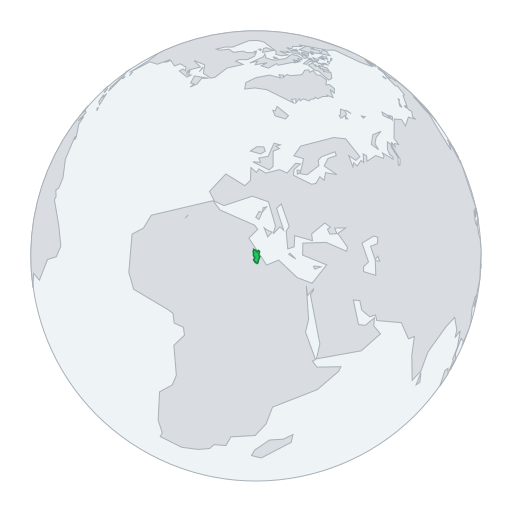 Misratah on an orthographic globe, rotated 31°
{"feature_id": "LBY-2970", "entity_name": "Misratah", "entity_type": "Municipality", "adm_level": 1, "iso_a3": "LBY", "parent_name": "Libya", "parent_adm1": "", "projection": "orthographic", "projection_center": [15.024, 30.913], "detail": "fine", "context": "on_globe", "style": "filled", "palette": "green", "viewbox_px": 512, "rotation_deg": 31, "n_neighbors": 0, "source": "natural_earth", "source_scale": "10m", "svg_char_len": 10841}
<svg xmlns="http://www.w3.org/2000/svg" viewBox="0 0 512 512"><g transform="rotate(31 256 256)"><circle cx="256" cy="256" r="225" fill="#eef3f6" stroke="#a8b0b8"/><path d="M179.3,44.2L194.9,39.4L222.4,33.5L229.5,32.3L229.2,32.6L235.4,31.7L240.0,31.3L239.9,31.3L241.6,31.2L250.2,30.8L251.2,30.8L256.7,30.8L257.4,31.0L248.7,31.6L249.0,32.0L256.0,31.7L261.1,32.3L250.8,32.5L258.6,33.7L245.5,36.3L217.3,39.1L210.9,42.9L184.1,52.8L187.4,52.9L179.3,57.6L180.1,59.8L174.9,61.6L180.0,61.8L184.6,59.8L188.4,59.4L189.3,60.7L182.8,63.0L181.4,62.7L180.0,64.1L176.4,64.8L178.7,65.2L170.7,68.2L179.8,67.2L174.5,71.4L168.9,72.9L168.0,70.1L152.6,68.5L146.6,70.3L139.1,75.0L128.3,89.0L122.3,92.5L115.4,99.1L119.3,98.1L126.2,92.7L131.8,93.0L139.5,87.0L143.0,86.5L151.5,81.9L151.8,85.7L147.5,92.1L140.4,96.3L138.3,99.5L146.3,98.4L134.4,109.8L128.8,123.9L125.5,126.9L116.8,126.5L113.5,118.5L102.2,120.4L111.1,122.6L102.8,131.0L102.1,134.1L103.5,136.0L107.2,134.3L104.7,138.2L95.0,136.9L97.1,133.3L100.2,133.5L98.6,130.1L92.0,130.3L88.3,135.1L82.2,132.2L79.5,135.8L76.6,137.5L81.3,131.8L72.7,142.4L65.0,144.2L53.1,163.8L63.0,144.3L65.5,138.4L67.5,133.6L65.5,136.6L70.9,127.7L81.3,113.8L92.8,100.8L105.2,88.6L118.6,77.5L132.7,67.4L147.6,58.5L163.2,50.7L179.3,44.2ZM51.9,160.6L51.1,162.5L49.4,166.1L51.9,160.6ZM41.8,186.3L41.0,188.7L39.8,192.7L41.8,186.3ZM34.8,213.3L34.6,214.6L33.4,223.3L34.9,219.0L36.4,220.7L33.9,232.1L36.6,225.2L36.1,234.0L40.4,245.8L39.4,247.5L42.7,271.1L50.2,288.2L51.9,299.0L50.6,302.8L54.1,308.2L54.2,311.6L71.7,332.0L83.6,348.1L85.2,359.5L79.1,366.4L82.8,388.3L74.4,385.5L78.5,393.4L81.2,398.1L70.9,384.4L61.7,370.0L53.6,355.0L46.7,339.4L41.0,323.3L36.5,306.8L33.3,290.0L31.4,273.0L30.7,256.0L31.4,238.9L31.4,238.7L33.4,221.6L34.2,216.9L34.0,217.9L34.8,213.3ZM49.8,169.7L44.7,190.5L44.4,185.1L45.0,184.6L47.0,177.8L49.5,168.9L50.1,165.3L49.8,169.7ZM54.8,164.4L55.4,161.7L55.2,163.6L54.8,164.4ZM257.4,30.8L258.4,30.7L260.8,30.8L257.4,30.8ZM150.8,80.2L151.1,81.1L149.3,81.4L150.8,80.2ZM154.1,77.6L151.8,77.5L153.1,76.2L154.5,76.3L154.1,77.6ZM264.1,31.4L267.7,31.8L262.6,31.4L264.1,31.4ZM156.7,78.1L155.6,74.1L157.9,72.0L165.1,70.8L156.7,78.1ZM268.8,32.1L277.6,33.7L280.7,33.6L277.0,35.5L270.7,33.1L263.9,32.5L268.3,32.5L268.8,32.1ZM185.7,58.7L180.8,60.9L184.1,58.0L185.7,58.7ZM186.8,57.0L191.3,49.9L199.0,47.7L195.9,50.3L205.1,47.0L206.6,49.4L201.9,51.8L196.7,52.6L201.2,53.0L186.8,57.0ZM273.5,36.6L274.3,37.3L271.8,36.7L273.5,36.6ZM190.2,59.0L190.4,57.6L197.0,55.6L197.8,58.1L195.4,57.9L190.2,59.0ZM206.8,45.2L211.8,44.3L214.4,46.0L216.7,46.0L207.3,49.3L206.8,45.2ZM194.3,59.0L198.0,59.5L195.7,61.7L190.4,60.4L194.3,59.0ZM198.4,54.0L201.6,53.3L200.1,54.5L198.4,54.0ZM189.5,70.6L189.6,68.5L193.1,67.2L189.5,70.6ZM199.5,59.6L200.2,58.8L201.6,58.2L203.5,59.0L199.5,59.6ZM209.8,50.4L209.8,51.4L213.8,49.1L215.9,50.5L209.2,52.6L213.0,52.3L213.6,52.8L207.4,54.1L209.8,50.4ZM209.5,58.0L201.7,61.7L200.7,65.6L197.6,66.8L199.8,60.4L209.5,58.0ZM208.8,55.5L208.6,57.3L204.8,57.7L202.7,56.7L208.8,55.5ZM219.7,50.9L218.2,48.1L219.7,47.8L219.7,50.9ZM210.0,59.0L211.8,58.1L210.3,59.2L210.0,59.0ZM217.6,53.2L216.8,52.2L218.6,51.8L217.6,53.2ZM216.2,57.4L213.7,58.5L212.1,57.8L216.2,57.4ZM217.4,55.4L220.0,55.2L213.1,56.9L216.8,55.0L217.4,55.4ZM219.3,53.0L220.1,52.5L219.4,53.5L219.3,53.0ZM223.3,59.7L215.1,62.0L211.7,60.3L220.2,58.2L223.3,59.7ZM341.1,47.4L333.9,45.1L308.8,38.5L319.4,41.0L318.2,41.3L322.8,42.8L330.1,44.9L330.2,44.6L348.3,54.3L368.5,64.7L364.1,60.5L367.1,61.2L386.2,72.5L416.0,98.3L420.3,101.9L424.3,106.3L429.0,111.9L423.2,105.5L422.9,106.0L418.9,102.0L424.5,109.8L419.1,104.3L426.1,113.6L429.6,116.4L426.7,111.1L435.2,122.2L439.4,125.9L446.2,135.4L460.0,161.0L464.7,174.7L466.3,178.6L464.9,177.9L468.0,189.1L474.5,202.7L476.0,208.7L478.7,226.8L477.9,222.6L474.3,220.9L477.2,236.5L480.1,241.5L481.2,253.2L480.6,254.0L479.0,244.1L477.7,243.1L475.5,230.0L469.5,214.9L468.7,223.5L466.3,216.0L457.9,206.3L455.3,218.5L452.8,249.6L456.6,269.7L453.9,282.1L440.7,260.9L433.2,243.4L429.4,248.5L414.9,238.3L392.8,249.1L388.8,245.0L384.8,249.5L374.5,247.9L368.0,240.8L362.1,243.6L379.2,262.0L385.4,259.1L389.3,247.9L393.0,255.3L402.8,258.6L395.0,283.1L360.8,313.0L356.0,298.4L322.7,261.3L322.9,256.1L322.7,255.5L322.2,254.6L320.6,263.3L314.4,255.6L333.7,283.2L337.6,295.7L360.3,314.1L358.5,317.0L365.4,319.9L385.8,307.2L386.2,312.3L377.4,338.9L348.0,377.0L351.1,394.8L347.7,410.3L327.7,423.9L327.8,434.0L317.2,439.3L315.4,444.9L306.0,451.6L290.9,458.2L266.9,460.1L266.7,455.8L256.7,447.1L243.3,422.1L250.7,409.5L249.1,399.2L231.6,374.8L235.5,360.7L230.5,354.5L220.4,355.6L214.4,347.9L208.2,347.3L168.2,347.5L155.4,335.5L138.5,301.1L145.2,290.0L145.2,275.0L190.6,230.8L201.6,235.1L238.8,230.3L243.7,232.3L240.7,244.4L269.8,258.3L277.5,247.8L302.4,253.3L318.1,250.5L321.2,227.2L295.5,231.2L289.6,220.8L309.1,208.2L331.3,205.3L329.8,201.3L314.5,194.5L318.4,185.7L309.1,191.5L313.8,195.2L308.1,199.2L303.4,196.2L305.0,193.0L298.0,192.2L292.3,208.4L296.5,213.8L278.7,218.6L284.0,228.4L279.6,233.6L269.1,219.2L269.2,213.5L250.8,198.3L249.1,204.6L266.4,219.6L261.5,218.7L259.3,228.2L257.2,220.2L238.8,203.1L222.0,206.7L202.7,229.2L192.4,230.4L182.9,224.7L187.9,201.2L210.2,201.5L212.3,194.1L206.1,182.8L213.4,184.2L213.6,179.9L221.8,179.8L231.8,169.8L239.9,168.9L242.2,156.1L246.7,154.2L244.0,162.1L246.6,167.5L266.6,165.9L270.0,163.0L269.9,155.1L275.4,156.1L272.7,148.7L283.4,144.6L268.1,143.7L267.5,135.4L273.1,128.6L270.1,125.9L261.1,137.1L260.0,141.9L263.4,146.1L257.9,160.1L251.4,162.7L246.7,148.1L236.9,150.6L237.6,138.9L261.6,114.4L272.5,109.4L293.9,117.4L292.3,122.6L283.8,122.2L293.2,129.8L291.7,125.7L296.3,126.8L296.9,119.9L300.2,120.4L295.2,113.3L299.3,113.2L302.4,117.7L306.8,108.3L314.9,106.8L314.3,104.5L311.4,102.5L323.6,102.4L322.6,100.7L318.2,100.1L313.5,96.6L309.8,90.5L314.2,90.8L316.1,93.0L326.8,98.4L331.2,104.8L332.7,104.4L329.9,99.0L316.8,92.2L313.4,88.6L319.9,91.0L317.2,89.8L316.9,88.2L320.7,86.9L313.7,84.1L304.0,67.4L310.4,64.1L317.2,67.6L315.1,58.4L322.5,56.6L318.4,55.8L314.7,51.7L312.3,52.1L310.1,51.5L299.4,42.7L300.3,41.4L291.2,38.0L289.1,37.7L287.9,38.4L277.0,35.5L280.7,33.6L285.2,34.1L284.5,33.1L294.9,34.7L303.2,36.1L315.1,39.3L320.6,40.6L319.6,40.1L326.5,42.0L329.6,43.1L341.1,47.4ZM176.7,255.6L175.8,260.1L176.7,255.6ZM356.3,214.0L368.7,210.9L360.6,198.6L364.7,196.6L360.5,193.4L360.0,197.7L349.2,188.7L353.7,182.9L350.9,177.3L346.6,178.2L340.2,190.4L355.5,203.1L353.7,209.8L356.3,214.0ZM40.6,246.1L40.8,249.7L39.9,247.8L40.6,246.1ZM42.6,188.6L42.4,191.3L41.7,194.3L41.5,192.9L42.6,188.6ZM44.4,209.6L44.9,213.5L43.7,211.4L44.4,209.6ZM44.3,193.6L43.9,207.0L41.7,204.4L42.2,196.2L42.8,199.2L44.3,193.6ZM51.5,169.3L50.9,171.6L50.0,173.1L51.5,169.3ZM54.7,165.8L54.6,165.4L55.6,163.1L54.7,165.8ZM103.4,131.1L104.1,131.3L104.7,133.8L102.9,133.9L103.4,131.1ZM116.9,138.9L112.5,145.1L114.3,140.5L110.9,141.4L110.5,133.4L123.9,128.0L117.9,131.7L116.9,138.9ZM113.6,122.0L112.4,127.2L113.2,121.8L113.6,122.0ZM206.5,158.5L209.9,161.3L207.5,166.1L197.1,168.9L200.5,161.8L206.5,158.5ZM215.1,164.4L213.4,150.0L219.7,148.2L216.5,151.6L220.8,151.8L216.7,157.4L224.5,170.4L222.9,175.5L204.7,176.9L211.6,173.4L207.9,170.6L215.1,164.4ZM197.7,121.7L197.0,116.9L211.6,119.0L210.6,123.4L200.2,126.0L195.4,122.5L197.7,121.7ZM169.6,77.3L168.4,76.4L170.2,75.6L172.7,75.7L169.6,77.3ZM189.3,69.7L176.7,81.1L174.7,80.4L169.8,88.6L162.6,90.2L166.0,84.7L156.7,92.5L156.9,88.2L151.2,93.8L159.7,81.4L159.5,78.3L162.4,81.0L169.1,79.5L171.9,78.0L179.8,71.5L182.6,64.7L189.7,62.7L193.9,63.0L194.3,64.3L189.6,65.1L193.5,66.3L187.0,68.5L189.3,69.7ZM239.3,76.2L233.7,75.2L240.4,80.5L233.9,81.7L235.1,82.3L231.0,85.0L228.0,89.4L224.9,89.4L225.1,91.2L222.3,93.3L221.6,95.8L215.6,96.9L214.2,100.1L212.2,98.8L211.3,104.3L209.3,100.8L205.6,103.5L209.5,105.5L179.5,107.9L168.5,112.5L160.3,118.7L158.0,112.5L164.1,103.2L174.5,93.9L185.4,90.7L182.4,88.8L186.7,86.8L187.3,89.1L189.0,84.5L192.8,83.6L201.9,77.0L202.1,71.6L205.5,69.3L207.3,71.0L209.4,67.6L215.1,69.5L217.6,68.0L225.8,68.7L227.8,73.3L230.5,71.3L236.9,72.1L239.3,76.2ZM225.6,60.0L229.5,64.6L227.9,67.7L214.3,65.3L211.2,66.4L202.4,65.6L205.0,61.3L207.2,61.9L210.0,61.4L208.1,62.9L211.8,61.4L215.0,62.3L218.7,61.5L218.9,63.1L225.6,60.0ZM248.4,227.6L252.0,228.0L257.5,227.3L256.2,233.6L248.4,227.6ZM235.7,216.1L238.8,215.3L239.7,223.2L235.9,223.0L235.7,216.1ZM239.8,208.4L238.9,214.6L237.2,211.1L239.8,208.4ZM246.9,161.1L250.2,160.0L250.8,161.8L249.4,164.7L246.9,161.1ZM257.9,94.2L254.9,92.7L255.7,91.7L252.8,86.6L257.3,85.6L260.9,88.3L257.9,94.2ZM317.2,231.9L313.2,237.0L310.6,235.3L312.5,233.8L317.2,231.9ZM283.6,236.1L291.7,238.1L283.2,237.8L283.6,236.1ZM262.4,92.3L260.6,90.2L264.0,91.1L262.4,92.3ZM260.5,84.7L264.3,85.1L257.5,84.9L260.5,84.7ZM382.1,397.7L364.5,426.4L355.0,429.4L354.8,423.1L362.3,406.8L373.7,399.0L379.7,390.0L382.1,397.7ZM480.6,273.2L480.6,272.7L477.0,257.0L478.4,253.4L481.2,258.0L481.2,261.6L481.2,262.3L480.6,273.2ZM457.4,271.0L461.5,279.8L459.6,284.0L457.4,271.0ZM468.5,183.9L469.2,187.7L468.1,185.0L466.5,178.7L468.5,183.9ZM455.4,151.2L452.9,146.6L455.4,151.2ZM298.9,84.8L297.9,92.6L300.2,98.5L306.3,101.7L297.3,100.9L293.7,91.9L298.9,84.8ZM302.9,69.4L297.6,67.1L300.1,66.3L301.7,66.7L302.9,69.4ZM299.6,69.3L292.7,70.1L289.8,67.8L295.8,67.5L299.6,69.3ZM277.7,80.3L277.0,82.6L274.3,81.7L277.7,80.3ZM384.2,70.8L382.1,69.3L381.7,69.0L384.2,70.8ZM378.2,66.7L379.3,67.5L364.0,59.7L359.9,57.7L369.9,61.7L371.5,62.8L375.9,65.4L378.2,66.7ZM276.5,37.2L274.5,37.3L275.2,36.7L276.5,37.2ZM308.9,51.9L306.0,51.0L306.9,50.1L308.9,51.9ZM298.4,48.1L299.4,49.7L296.5,47.9L298.4,48.1ZM302.1,53.4L299.0,50.3L304.6,53.5L302.1,53.4Z" fill="#d9dde1" stroke="#a8b0b8" stroke-width="1"/><path d="M255.1,250.0L255.6,250.0L256.3,250.1L256.5,250.2L256.7,250.4L256.8,250.4L256.9,250.5L257.0,250.8L257.1,251.0L257.1,251.3L257.1,251.5L257.1,251.9L257.2,252.0L257.6,253.0L258.0,253.7L258.2,253.9L258.5,254.1L259.4,254.6L259.7,254.6L259.7,254.8L259.7,255.4L259.8,256.0L260.1,256.9L260.2,257.6L260.3,258.3L260.6,259.1L260.9,259.9L261.0,260.5L261.2,261.0L261.1,261.4L260.8,261.9L260.6,261.8L260.3,261.7L259.8,261.5L259.5,261.7L259.2,261.8L258.9,262.0L258.5,262.0L258.2,261.7L258.0,261.3L257.9,261.2L257.6,261.1L257.2,261.1L256.9,261.0L256.6,260.9L256.1,260.8L255.8,260.5L255.6,260.2L255.4,260.1L255.5,260.1L255.7,259.8L255.9,259.5L255.9,259.1L255.8,258.6L255.8,258.0L255.5,257.8L255.4,257.8L255.2,257.6L254.4,257.4L254.1,257.2L253.7,257.0L253.3,256.7L253.1,256.3L252.8,255.5L252.3,254.7L252.1,254.5L251.9,254.4L251.5,253.9L251.3,253.6L251.2,253.2L251.1,252.9L250.9,252.4L250.8,251.8L250.6,251.5L250.8,251.5L251.3,251.5L251.5,251.5L251.8,251.4L252.0,251.3L252.3,251.3L252.5,251.4L252.8,251.4L253.0,251.2L253.5,251.5L253.8,251.8L254.2,251.9L254.6,251.9L254.8,251.9L254.9,251.5L255.0,251.2L255.1,250.8L255.0,250.6L255.0,250.4L255.1,250.1L255.1,250.0Z" fill="#22c55e" stroke="#15803d" stroke-width="1.5"/></g></svg>